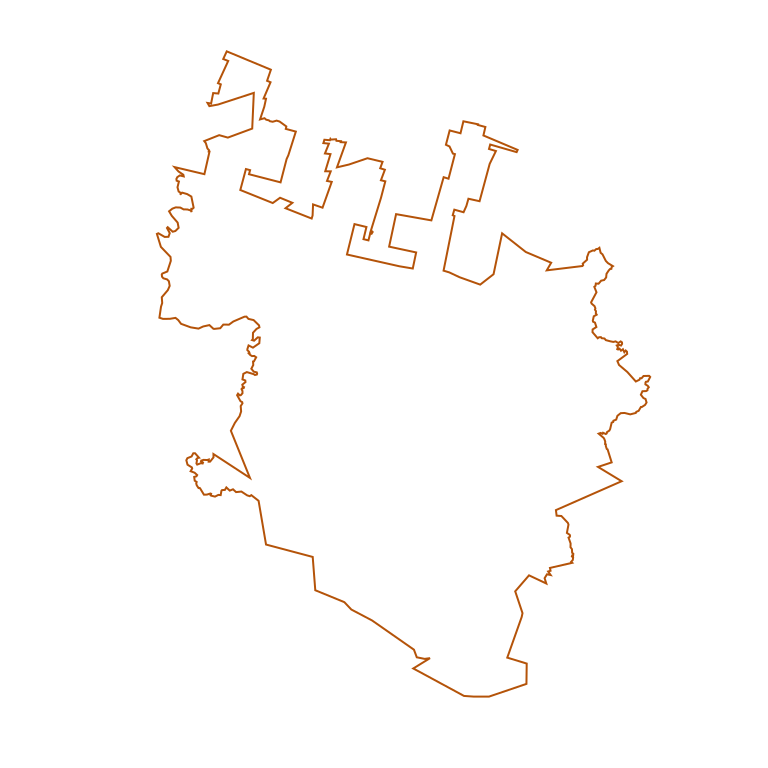 San Juan Mazatlán, Oaxaca, Mexico (Robinson projection), rotated 285°
{"feature_id": "50627088B70858037213369", "entity_name": "San Juan Mazatlán", "entity_type": "district", "adm_level": 2, "iso_a3": "MEX", "parent_name": "Mexico", "parent_adm1": "Oaxaca", "projection": "robinson", "projection_center": [-95.346, 17.147], "detail": "fine", "context": "isolated", "style": "outline", "palette": "amber", "viewbox_px": 768, "rotation_deg": 285, "n_neighbors": 0, "source": "geoboundaries", "source_scale": "gbopen_adm2", "svg_char_len": 6166}
<svg xmlns="http://www.w3.org/2000/svg" viewBox="0 0 768 768"><g transform="rotate(285 384 384)"><path d="M558.7,569.1L560.3,566.4L565.8,561.5L566.8,559.3L571.3,556.8L569.7,555.5L569.3,554.1L567.2,552.7L567.1,551.2L564.3,547.8L559.0,547.3L556.6,548.0L551.7,544.8L550.3,545.6L549.3,545.1L535.9,511.8L544.4,514.1L548.2,486.8L560.1,459.1L518.4,461.4L504.9,451.2L506.7,429.3L508.7,418.2L508.9,412.2L564.5,408.6L564.8,406.7L570.6,406.8L570.5,416.4L577.3,417.5L584.8,417.6L585.3,429.0L624.0,429.1L638.0,431.8L638.2,424.6L642.8,424.6L642.3,452.1L644.7,452.5L649.8,415.7L658.5,415.4L658.5,407.6L659.2,407.6L658.3,392.7L646.0,393.0L645.9,381.8L631.1,381.9L630.4,385.8L624.4,390.9L624.4,393.0L599.0,393.2L599.2,388.1L554.3,387.4L551.2,351.7L518.0,353.4L519.4,381.0L503.0,381.9L501.7,368.4L499.5,314.7L530.8,314.1L531.1,326.4L518.6,326.7L518.7,331.8L526.1,331.7L525.9,333.1L527.9,333.7L528.3,333.1L527.4,331.6L563.1,332.9L580.1,332.8L580.0,328.3L591.2,329.4L591.4,324.5L598.2,325.1L597.8,309.6L586.9,293.3L581.1,282.5L607.5,284.7L606.4,279.6L607.4,279.6L606.6,275.1L608.0,274.3L606.3,269.4L606.8,268.8L605.5,268.7L604.5,263.2L601.0,263.1L601.9,268.6L591.4,267.3L592.2,272.8L574.3,272.2L575.6,277.5L565.4,276.4L565.7,281.2L538.4,279.0L539.1,269.0L528.3,271.4L525.1,271.3L528.3,243.4L535.3,248.6L537.0,235.4L530.0,229.7L534.2,195.0L555.9,195.0L555.9,199.3L551.7,199.3L552.0,231.9L576.1,231.7L580.2,232.4L605.0,233.5L605.0,223.1L607.5,223.0L610.5,215.2L610.6,212.1L608.5,208.6L608.3,205.7L608.9,204.5L608.8,201.8L609.8,199.8L607.5,195.8L620.8,196.6L629.0,196.2L628.6,193.8L646.1,196.3L646.6,192.6L658.3,193.4L664.6,146.0L656.3,144.6L655.7,149.9L631.6,145.8L631.2,148.8L621.7,148.8L620.8,143.7L610.2,144.4L609.8,140.8L607.2,143.4L611.0,151.4L631.5,182.9L596.6,190.6L581.6,169.4L581.7,160.4L572.1,147.5L570.5,149.6L565.8,152.5L564.6,154.4L563.2,154.5L563.3,155.3L540.2,156.2L539.3,125.6L536.1,130.5L534.2,136.0L532.7,136.8L532.6,132.8L530.3,130.8L528.3,130.4L526.7,131.1L526.5,133.5L520.6,133.6L516.8,135.8L515.9,138.4L514.1,138.1L516.6,139.5L516.5,144.7L515.2,149.4L505.0,154.5L503.7,153.7L503.4,152.6L500.3,153.6L501.6,152.4L501.7,148.9L500.8,145.2L501.7,141.6L500.7,137.1L498.6,134.2L495.2,131.7L491.5,135.5L486.5,142.9L481.7,145.2L477.8,142.9L476.4,140.5L479.5,134.5L478.5,134.0L474.3,138.0L470.4,137.7L469.3,134.1L471.2,127.0L470.2,125.8L458.7,133.0L451.5,144.9L447.8,146.2L436.6,145.6L433.3,141.3L432.3,141.0L430.2,141.8L429.0,143.5L428.9,147.4L427.6,149.6L423.3,151.6L418.7,150.9L410.3,146.9L404.8,148.8L401.0,148.6L389.9,149.9L389.7,153.5L391.5,160.2L393.9,165.5L392.5,168.7L389.6,172.4L388.7,182.6L389.5,190.5L392.8,194.5L395.7,200.1L393.2,204.9L393.3,205.8L395.5,211.4L399.8,213.4L401.2,218.9L405.4,222.3L412.9,231.8L413.5,233.7L411.8,236.2L412.0,241.5L408.3,248.1L406.5,249.0L404.2,246.6L399.6,244.2L393.3,245.7L392.3,245.2L392.2,247.3L396.4,250.0L396.7,252.0L391.1,253.0L385.2,248.0L386.2,243.2L382.4,243.0L381.4,243.2L380.2,245.3L379.1,246.1L378.6,245.4L377.4,247.3L376.8,249.3L377.5,251.4L376.7,253.6L372.2,252.5L371.8,251.7L368.5,252.8L364.4,251.9L362.2,255.0L362.3,258.1L361.1,258.8L360.2,258.7L359.3,257.0L359.8,255.6L360.0,248.4L357.4,245.5L351.8,246.1L351.5,249.1L350.0,249.7L346.7,247.3L344.9,248.3L344.7,249.6L343.7,249.5L342.8,247.8L342.2,247.7L340.6,249.1L338.4,249.7L336.2,248.6L335.7,247.7L336.9,245.5L335.2,245.0L330.2,249.9L329.8,251.7L328.7,252.3L325.6,251.3L320.5,253.1L315.5,252.8L307.8,250.0L299.2,248.2L258.6,278.8L272.2,237.4L269.0,238.3L264.0,236.1L263.6,234.7L265.7,234.3L264.8,232.9L264.0,229.3L262.7,227.3L261.9,227.3L261.3,229.5L260.3,229.4L260.1,227.6L257.8,224.4L258.7,223.4L262.0,223.1L262.7,222.2L264.2,223.0L264.9,224.4L268.2,219.4L267.7,217.7L264.2,216.9L261.5,213.3L259.2,212.8L255.2,215.1L253.7,220.0L252.7,220.6L249.7,219.8L249.3,224.0L247.7,227.1L246.3,226.7L245.1,224.7L241.6,226.2L240.9,228.4L239.2,228.4L237.6,229.4L235.5,231.8L235.9,232.9L235.2,233.8L230.5,238.7L231.3,241.5L233.3,244.7L233.2,245.4L231.6,245.3L231.4,245.9L231.5,249.9L234.0,252.7L234.4,255.0L238.8,254.6L239.6,255.0L240.5,257.7L243.3,258.5L241.1,262.6L243.2,265.4L241.3,269.1L243.2,274.1L241.0,280.7L240.9,283.4L242.3,284.6L238.7,293.1L198.4,311.6L198.5,359.9L167.0,371.0L163.0,402.2L157.7,410.8L152.5,433.7L135.1,481.7L128.5,486.4L129.0,494.4L131.1,499.4L116.8,485.9L103.4,542.0L105.3,551.7L109.2,566.3L131.2,599.2L150.9,594.2L151.6,573.9L194.6,577.3L198.5,577.1L217.7,564.4L236.7,573.6L233.3,592.4L238.0,589.4L242.4,590.7L242.6,594.4L245.4,591.1L246.7,593.2L249.3,591.9L260.0,612.1L260.7,610.8L262.9,611.9L265.3,611.6L266.1,610.1L267.1,610.2L267.1,611.1L269.0,610.8L269.7,609.4L273.1,608.3L274.6,606.4L278.3,605.5L283.4,602.0L284.6,603.1L285.5,603.0L286.4,602.4L287.5,599.2L295.9,598.6L297.4,597.6L302.4,589.5L301.5,584.8L306.7,582.7L351.6,638.7L359.3,612.2L367.2,624.2L378.7,616.9L378.9,616.0L381.5,614.3L383.1,613.9L383.2,613.1L385.6,612.6L387.7,611.2L388.8,610.1L391.6,604.2L392.8,605.9L392.5,608.0L393.6,608.2L393.1,611.2L393.9,611.9L395.3,611.9L397.3,613.7L399.0,614.1L405.6,613.9L406.6,615.2L407.9,615.1L409.7,617.5L413.7,617.7L417.1,620.2L418.3,623.9L418.4,629.7L421.2,634.7L422.4,634.9L424.0,636.9L428.3,638.1L428.5,639.0L431.4,641.6L434.1,642.4L437.2,640.5L437.6,638.2L440.1,634.9L443.9,635.5L445.0,639.0L446.1,640.1L447.6,639.8L449.4,640.6L450.6,639.1L451.3,636.6L453.0,636.2L453.9,636.4L454.7,638.2L459.7,639.3L460.5,638.0L458.9,632.6L456.2,631.3L455.9,629.9L454.2,629.6L451.6,626.6L458.6,615.9L463.2,606.1L466.5,603.5L476.0,611.1L478.1,610.3L478.9,608.8L476.9,607.9L479.4,605.8L477.5,604.3L479.1,602.4L477.9,601.2L478.0,600.3L480.3,600.4L481.5,598.9L482.6,600.4L482.5,603.0L484.4,603.6L485.8,603.1L486.4,601.6L484.2,599.7L485.1,596.7L484.0,594.6L483.8,591.5L483.8,586.9L485.0,585.2L484.6,582.4L485.4,581.4L484.8,579.6L483.5,578.6L488.0,572.0L490.7,571.4L494.0,574.4L497.9,571.9L498.3,569.8L499.2,569.3L503.7,569.1L506.0,571.5L507.1,570.3L509.2,569.9L510.4,568.5L511.8,568.6L513.7,567.2L515.4,563.7L516.5,562.9L527.6,565.5L532.3,562.0L533.6,562.9L535.9,562.6L536.4,565.3L540.0,567.0L541.4,569.7L544.4,571.0L548.0,570.4L551.9,571.7L553.6,572.6L554.1,573.8L555.9,573.6L557.1,574.6L558.7,569.1Z" fill="none" stroke="#b45309" stroke-width="2"/></g></svg>